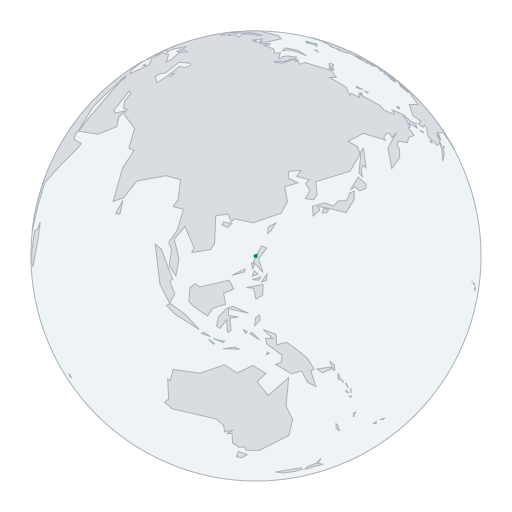 the Earth from above Tarlac, rotated 26°
{"feature_id": "PHL-2556", "entity_name": "Tarlac", "entity_type": "Province", "adm_level": 1, "iso_a3": "PHL", "parent_name": "Philippines", "parent_adm1": "", "projection": "orthographic", "projection_center": [120.579, 15.519], "detail": "fine", "context": "on_globe", "style": "filled", "palette": "teal", "viewbox_px": 512, "rotation_deg": 26, "n_neighbors": 0, "source": "natural_earth", "source_scale": "10m", "svg_char_len": 10097}
<svg xmlns="http://www.w3.org/2000/svg" viewBox="0 0 512 512"><g transform="rotate(26 256 256)"><circle cx="256" cy="256" r="225" fill="#eef3f6" stroke="#a8b0b8"/><path d="M442.4,345.5L442.1,347.0L441.9,347.2L442.4,345.5ZM385.0,71.3L370.7,63.2L365.5,65.2L371.4,70.9L364.2,66.2L380.4,81.3L382.4,88.8L375.5,77.5L371.3,74.2L370.3,77.4L365.7,74.9L362.7,75.2L357.3,72.1L353.6,66.5L350.1,64.7L349.6,67.1L343.9,66.2L345.1,62.7L335.3,60.9L327.5,52.7L335.1,48.6L326.1,44.1L321.8,40.6L317.6,39.4L315.9,38.8L334.1,44.7L351.8,52.1L368.8,61.0L385.0,71.3ZM300.5,35.2L299.7,35.0L295.9,34.3L296.0,34.3L300.5,35.2ZM467.8,191.9L466.0,187.2L467.4,188.8L467.8,191.9ZM464.6,185.2L465.3,186.6L464.7,185.6L464.6,185.2ZM464.0,185.1L464.5,185.2L464.2,185.6L464.0,185.1ZM463.5,185.6L463.7,185.1L463.8,185.4L463.5,185.6ZM461.8,184.9L461.4,184.5L461.4,183.6L461.8,184.9ZM383.6,70.8L381.8,69.4L387.2,73.0L386.6,72.6L383.6,70.8ZM376.7,76.0L376.6,74.3L378.2,76.9L376.7,76.0ZM363.2,75.8L364.6,77.2L362.4,76.9L363.2,75.8ZM352.1,72.0L348.1,71.4L351.6,71.0L352.1,72.0ZM345.3,70.4L335.6,69.5L338.0,72.3L325.6,64.4L338.0,67.4L341.9,66.3L342.1,68.4L345.3,70.4ZM307.1,36.6L322.6,41.0L321.4,41.1L316.4,39.4L317.7,40.5L309.5,38.3L306.9,37.2L309.3,37.5L304.4,36.5L307.1,36.6ZM320.3,60.5L317.4,59.7L319.8,59.6L320.3,60.5ZM299.0,34.9L302.2,35.5L301.4,35.6L294.8,34.3L297.1,34.7L299.0,34.9ZM322.1,42.1L320.3,42.2L313.1,40.4L311.5,40.3L309.2,38.3L322.1,42.1ZM295.4,34.3L291.4,33.7L288.3,33.1L295.7,34.3L295.4,34.3ZM304.0,36.3L303.3,36.3L301.5,35.8L304.0,36.3ZM279.1,31.9L278.2,31.8L279.1,31.9ZM290.1,33.6L291.2,33.8L291.6,33.9L288.4,33.5L290.1,33.6ZM304.3,37.4L301.7,36.7L304.9,38.0L299.7,37.1L299.1,36.1L297.1,36.1L295.5,35.9L296.8,35.4L304.3,37.4ZM286.4,33.7L283.8,32.7L276.6,31.8L276.4,31.7L288.1,33.3L286.4,33.7ZM292.4,34.7L288.6,34.0L290.4,34.0L294.0,34.5L292.4,34.7ZM296.3,36.9L304.5,38.6L304.3,38.8L296.3,36.9ZM283.9,33.4L284.6,33.7L283.2,33.3L283.9,33.4ZM292.1,35.7L295.0,36.2L294.8,36.4L292.1,35.7ZM283.5,34.0L282.7,33.6L285.1,33.8L283.5,34.0ZM287.2,34.8L286.1,34.9L286.5,34.1L288.5,34.9L287.2,34.8ZM291.4,35.8L292.2,36.1L290.2,35.6L291.4,35.8ZM274.6,33.8L274.5,32.7L280.0,33.0L279.3,33.9L274.6,33.8ZM67.6,132.4L69.1,130.3L62.7,143.1L63.1,147.2L76.1,131.1L75.5,123.9L82.6,114.5L88.9,113.0L90.5,120.7L93.3,117.3L98.3,106.4L104.8,102.6L100.7,102.3L97.8,106.5L95.2,106.7L97.7,103.0L99.9,101.6L101.2,98.5L90.3,106.9L86.2,112.0L85.7,109.4L78.8,118.0L76.5,120.3L87.3,106.8L91.0,102.9L102.9,90.8L117.6,78.2L133.4,67.0L142.6,61.4L143.0,61.5L136.7,65.0L131.3,68.5L127.3,72.8L129.1,72.2L136.2,68.0L134.2,70.2L141.5,65.7L143.5,67.2L147.3,61.9L155.7,58.0L161.6,56.8L165.0,54.8L155.4,56.9L150.9,58.8L146.0,61.7L134.5,67.3L134.0,67.0L148.6,58.4L149.5,57.5L160.5,52.2L179.8,48.2L183.4,49.7L171.1,59.7L165.2,61.0L166.7,57.8L157.3,64.1L161.9,62.0L160.3,64.1L167.9,61.8L167.1,63.2L175.8,58.8L175.6,60.4L170.1,63.2L181.3,62.1L183.3,65.3L186.2,64.4L188.8,62.6L189.7,68.4L191.8,67.6L192.3,65.3L196.8,62.3L205.2,59.5L205.1,61.7L202.0,62.9L195.5,69.3L187.4,73.0L188.2,73.7L195.2,71.1L203.2,63.2L208.2,61.0L205.2,64.5L206.7,63.0L209.2,62.7L211.5,64.5L215.2,60.7L242.6,56.2L249.8,60.2L244.1,63.3L263.1,64.7L269.8,70.5L270.2,68.2L279.6,68.2L277.7,66.3L278.6,65.3L301.9,66.4L307.2,68.9L317.8,68.1L318.0,67.1L314.6,65.1L325.6,64.4L338.0,72.3L336.9,74.0L345.4,78.4L341.5,82.1L342.3,87.8L333.1,90.4L334.5,95.2L337.7,96.5L342.0,104.5L339.7,117.9L327.4,101.4L328.0,83.4L326.5,89.9L322.7,87.0L319.5,88.6L318.9,93.7L321.4,95.1L298.7,98.7L288.7,112.5L299.6,113.3L305.0,118.9L303.2,138.7L277.0,163.2L283.9,173.7L283.3,180.0L275.1,182.9L275.7,173.6L268.8,169.3L270.4,164.1L257.5,166.6L259.2,159.3L248.3,165.5L250.8,171.8L261.6,171.8L251.4,181.2L260.4,193.2L259.8,206.4L239.0,227.3L220.3,232.1L218.8,236.2L212.3,230.5L202.2,237.5L213.3,263.1L212.5,270.0L196.8,281.0L196.7,275.8L179.3,260.6L175.0,276.6L188.1,292.3L192.6,308.9L182.0,302.4L177.6,287.7L171.5,281.8L173.9,267.8L170.4,245.7L159.8,247.9L161.3,239.5L154.8,220.5L140.0,223.2L116.0,240.8L111.4,261.9L103.7,269.5L97.5,235.7L100.2,214.6L94.5,214.8L91.0,194.6L74.9,186.2L75.7,180.4L72.0,181.3L70.0,173.6L72.4,164.4L69.8,163.2L64.2,187.6L67.3,189.2L74.3,183.0L71.8,191.2L74.1,200.8L60.5,215.8L41.7,221.6L45.1,205.4L57.7,157.7L60.2,153.6L60.5,153.1L61.0,152.1L56.8,158.4L60.7,149.6L48.4,180.8L44.1,193.6L41.4,222.4L40.4,224.3L41.1,231.0L49.7,231.5L48.6,236.6L41.3,257.8L34.0,282.7L38.0,306.7L42.5,325.8L43.9,331.9L39.0,316.6L35.3,301.1L32.6,285.3L31.1,269.3L30.7,253.3L31.5,237.3L33.4,221.4L36.4,205.7L40.5,190.2L45.7,175.1L52.0,160.4L59.3,146.1L67.6,132.4ZM93.2,100.3L87.7,106.3L89.4,104.3L93.2,100.3ZM86.8,138.9L91.2,143.8L98.4,131.3L100.8,132.4L102.4,128.0L98.9,130.4L104.2,119.0L109.5,118.0L113.6,113.4L112.3,111.6L101.9,115.5L94.3,131.3L89.3,134.7L86.8,138.9ZM291.3,33.5L291.2,33.5L286.9,32.9L283.9,32.5L285.6,32.7L291.3,33.5ZM284.3,32.5L280.5,32.1L284.3,32.5ZM253.5,30.7L255.2,30.8L264.6,31.0L266.5,31.2L262.3,31.1L267.2,31.5L260.5,31.6L261.8,31.9L256.5,32.7L247.6,32.8L249.7,33.2L245.7,34.2L238.2,34.7L241.9,33.7L231.0,35.2L231.6,34.2L230.3,34.4L227.9,34.1L222.8,34.3L224.1,33.8L221.5,34.1L219.9,34.1L216.8,34.5L218.1,34.0L214.4,34.6L217.1,34.1L210.5,35.4L231.9,32.0L253.5,30.7ZM272.9,33.9L262.2,33.5L257.2,33.0L268.5,32.0L268.3,31.7L275.4,31.8L282.4,32.8L279.7,32.6L278.8,32.7L277.0,32.3L277.7,32.7L274.0,32.6L273.6,33.0L270.2,32.7L272.9,33.9ZM136.7,65.1L136.7,65.3L134.9,66.4L132.8,67.6L136.7,65.1ZM206.0,41.5L208.9,40.4L210.0,40.4L218.0,38.7L218.2,39.8L213.4,41.1L206.0,41.5ZM73.4,132.8L70.7,134.9L71.8,132.6L72.5,132.3L73.4,132.8ZM74.4,123.5L72.0,127.7L73.5,124.6L74.4,123.5ZM207.5,42.3L210.8,41.4L208.8,42.5L207.5,42.3ZM218.7,40.5L217.2,41.6L219.1,39.7L218.7,40.5ZM139.2,443.6L143.9,446.5L141.6,445.8L139.2,443.6ZM51.6,332.8L60.2,363.1L57.4,360.4L52.3,349.8L46.0,330.5L47.7,327.9L47.2,320.1L51.6,332.8ZM249.8,351.5L256.8,352.9L256.5,353.9L249.8,351.5ZM242.4,347.4L250.4,348.4L241.1,349.5L242.4,347.4ZM253.5,348.8L261.6,347.5L265.0,346.2L264.5,348.2L253.5,348.8ZM237.1,347.0L208.4,343.7L197.3,339.6L199.8,336.3L217.8,339.5L237.1,347.0ZM198.9,336.1L182.1,323.5L160.2,289.5L168.0,291.4L191.1,313.3L189.6,316.3L199.8,325.9L198.9,336.1ZM240.2,321.7L238.6,331.1L222.7,328.7L215.6,326.3L210.6,313.5L213.4,307.6L219.2,308.4L242.5,289.5L250.5,295.5L243.2,303.8L249.8,312.8L240.2,321.7ZM112.0,264.2L115.3,278.1L111.3,279.2L112.0,264.2ZM252.6,275.5L242.8,283.9L251.9,272.3L252.6,275.5ZM258.3,264.2L258.6,269.0L255.0,264.1L258.3,264.2ZM218.1,242.7L211.9,243.0L212.0,239.6L220.0,237.3L218.1,242.7ZM259.3,217.7L258.2,227.5L256.6,230.7L254.3,224.5L259.3,217.7ZM213.5,53.9L202.2,54.7L194.1,56.8L189.7,60.1L191.0,56.2L203.5,52.8L213.5,53.9ZM239.0,55.5L242.8,53.2L244.4,54.5L243.8,55.2L239.0,55.5ZM239.0,53.9L237.4,50.8L241.7,49.8L242.1,52.4L239.0,53.9ZM222.0,45.3L218.6,45.3L220.3,44.3L222.0,45.3ZM389.2,426.6L391.4,427.2L384.9,432.8L376.1,438.8L368.3,441.6L389.2,426.6ZM326.2,445.0L325.9,439.3L335.2,438.4L331.4,443.7L326.2,445.0ZM395.3,421.9L401.0,415.9L403.2,409.1L402.5,415.0L407.1,414.0L393.2,426.4L395.3,421.9ZM291.8,419.9L247.8,430.0L238.0,427.6L240.1,422.5L230.5,405.2L233.7,405.9L231.2,394.3L257.0,385.9L275.4,367.6L290.2,369.6L301.1,355.8L316.4,357.3L312.0,368.4L328.1,376.1L338.7,351.1L348.8,377.8L360.6,386.9L364.2,402.9L343.9,429.6L332.0,434.9L329.6,432.6L324.7,435.3L316.9,434.3L312.3,426.0L307.5,428.6L312.0,422.2L305.1,427.8L300.9,422.3L291.8,419.9ZM401.5,371.7L403.8,372.2L407.4,376.3L403.8,375.9L401.5,371.7ZM436.5,352.1L437.5,354.0L435.1,355.0L436.5,352.1ZM441.9,347.2L439.1,348.7L442.4,345.5L441.9,347.2ZM413.5,355.2L414.7,356.8L413.7,357.4L413.5,355.2ZM412.6,354.8L414.0,352.0L413.8,354.7L412.6,354.8ZM401.5,341.3L402.9,339.9L403.5,340.9L401.5,341.3ZM267.1,353.8L276.8,347.2L282.2,346.9L267.1,353.8ZM399.5,338.5L396.0,338.5L396.3,337.0L399.5,338.5ZM399.7,335.1L399.3,333.1L401.5,337.8L399.7,335.1ZM392.9,330.9L397.2,334.3L392.4,331.4L392.9,330.9ZM390.3,331.5L387.2,330.1L387.4,329.4L390.3,331.5ZM355.4,335.0L367.1,347.1L357.8,346.9L347.4,339.3L339.5,346.3L321.3,344.8L325.4,340.5L322.9,333.7L304.3,330.3L300.5,325.7L307.1,323.0L294.9,318.9L308.2,317.6L313.7,326.9L321.3,320.1L334.5,322.3L347.4,325.6L357.9,332.4L355.4,335.0ZM308.4,337.5L310.7,337.6L308.7,340.2L308.4,337.5ZM381.3,325.3L385.8,329.5L385.3,330.6L383.1,330.0L381.3,325.3ZM360.3,330.8L371.6,323.3L374.2,323.4L366.8,331.9L360.3,330.8ZM368.8,318.5L374.1,319.5L376.9,323.7L375.8,324.8L368.8,318.5ZM281.2,327.7L280.6,330.1L277.2,327.9L281.2,327.7ZM285.6,326.4L296.0,329.8L284.7,328.5L285.6,326.4ZM254.4,315.4L257.4,321.6L266.9,318.5L259.7,323.4L266.2,333.7L264.0,337.3L257.5,326.2L255.4,336.9L251.3,336.3L248.9,326.8L253.0,315.7L257.2,311.3L274.3,310.7L254.4,315.4ZM285.5,319.2L282.7,312.0L284.8,307.5L287.8,311.4L285.5,319.2ZM274.8,294.7L267.8,286.0L261.2,288.6L274.7,278.4L279.2,288.3L274.8,294.7ZM269.2,276.5L263.0,278.8L269.5,272.7L269.2,276.5ZM261.5,275.9L261.0,270.2L265.8,271.4L261.5,275.9ZM272.3,277.0L273.8,267.5L276.1,273.3L272.3,277.0ZM259.5,257.5L269.4,267.6L256.2,262.5L256.5,244.3L262.2,244.3L259.5,257.5ZM296.8,188.2L295.9,183.2L301.3,182.5L300.4,186.2L296.8,188.2ZM318.0,177.5L302.4,180.8L289.8,184.2L293.3,186.8L289.9,195.0L284.9,186.6L294.3,178.2L303.8,177.2L305.8,170.5L313.2,166.5L312.6,158.1L316.0,154.8L319.4,162.4L318.0,177.5ZM311.9,154.5L313.5,140.3L323.4,143.3L325.2,147.0L320.4,152.1L315.4,150.2L311.9,154.5ZM316.8,138.0L312.1,136.2L304.5,115.6L305.3,112.1L316.3,128.4L312.4,127.7L312.6,132.5L316.8,138.0ZM318.0,60.9L317.5,59.9L319.7,61.0L318.0,60.9ZM277.3,64.3L278.9,63.1L281.4,64.2L277.3,64.3ZM284.8,60.6L280.9,60.1L285.1,59.7L284.8,60.6ZM271.9,59.4L279.3,59.5L272.2,60.8L271.9,59.4Z" fill="#d9dde1" stroke="#a8b0b8" stroke-width="1"/><path d="M256.7,257.0L256.4,257.0L256.1,257.0L255.9,257.0L255.6,257.1L255.4,257.3L255.2,257.4L255.1,257.2L254.8,256.9L254.5,256.8L254.4,256.7L254.3,256.4L254.4,256.2L254.7,255.6L255.0,255.5L255.1,255.4L255.2,255.2L255.3,255.1L255.6,255.2L255.8,255.1L256.0,254.9L256.1,254.6L256.2,254.8L256.2,255.2L256.3,255.5L256.5,255.6L256.7,255.8L256.6,256.0L256.6,256.3L256.6,256.6L256.6,256.8L256.8,256.9L256.7,257.0L256.7,257.0Z" fill="#14b8a6" stroke="#0f766e" stroke-width="1.5"/></g></svg>